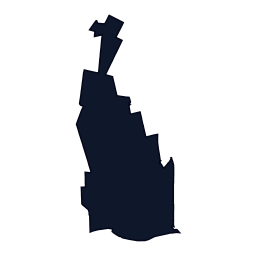 Ciocanesti, Calarasi, Romania (Mercator projection)
{"feature_id": "2599482B47068055124782", "entity_name": "Ciocanesti", "entity_type": "district", "adm_level": 2, "iso_a3": "ROU", "parent_name": "Romania", "parent_adm1": "Calarasi", "projection": "mercator", "projection_center": [27.039, 44.238], "detail": "fine", "context": "isolated", "style": "filled", "palette": "ink", "viewbox_px": 256, "rotation_deg": 0, "n_neighbors": 0, "source": "geoboundaries", "source_scale": "gbopen_adm2", "svg_char_len": 5284}
<svg xmlns="http://www.w3.org/2000/svg" viewBox="0 0 256 256"><path d="M90.2,232.0L93.0,230.9L98.1,229.6L98.4,229.5L98.7,229.5L101.9,229.1L108.0,228.2L112.7,228.9L112.2,231.5L113.8,232.9L116.8,234.9L119.4,236.4L119.8,236.0L122.7,237.8L129.7,239.3L135.8,240.3L137.5,240.6L144.9,240.5L145.8,240.3L146.2,240.1L147.5,239.8L148.4,239.5L154.3,236.6L155.2,236.3L156.2,236.1L162.9,234.6L164.0,234.4L168.9,233.3L169.8,233.0L170.6,232.9L171.4,233.0L175.1,232.5L176.6,232.4L178.6,232.5L179.5,232.6L176.9,229.6L174.0,229.7L172.4,228.1L172.0,227.7L171.9,227.6L171.9,227.2L172.0,226.6L173.1,226.6L174.0,226.8L174.0,226.7L173.7,226.0L173.5,225.6L173.4,225.4L173.4,224.4L173.4,220.9L173.4,220.6L173.5,220.5L173.4,220.3L173.4,219.3L173.4,216.9L173.4,216.0L173.4,212.9L173.4,211.0L173.5,209.4L173.5,206.3L173.5,204.9L173.3,204.9L173.3,202.2L173.3,199.0L173.3,194.6L173.3,192.5L173.3,190.3L173.3,189.0L173.3,187.1L173.3,183.3L173.3,182.6L173.5,182.6L173.5,178.0L173.6,175.0L173.6,172.0L173.6,167.6L173.5,166.3L173.5,166.0L173.5,165.6L173.5,165.1L173.4,164.7L173.3,164.2L172.7,161.9L172.5,161.3L172.3,160.6L172.2,160.3L172.0,160.0L171.9,159.6L171.6,158.3L171.4,157.9L171.4,157.7L170.9,157.8L171.2,158.8L171.0,159.0L170.9,159.1L170.6,159.7L170.3,160.3L169.8,161.3L169.6,161.6L169.3,162.0L169.0,162.3L168.6,162.7L168.0,163.3L167.7,163.6L167.6,163.8L167.4,164.2L167.3,164.3L167.2,164.5L166.8,164.9L166.5,165.2L165.3,166.6L164.8,167.1L164.5,167.6L164.2,167.8L163.9,168.3L163.4,167.7L162.7,166.8L162.1,165.9L161.7,165.1L161.0,164.1L160.8,163.9L160.7,163.9L160.2,163.9L160.0,163.2L159.6,163.3L159.5,162.8L159.5,162.7L160.1,162.5L159.9,161.7L160.0,161.7L159.7,161.0L159.7,160.9L160.2,160.7L160.6,160.6L160.4,160.4L160.1,160.0L159.9,158.9L159.5,156.1L159.2,154.1L158.8,151.8L158.4,149.6L158.2,148.1L157.9,145.7L157.6,143.2L157.4,140.8L157.4,140.5L157.5,140.5L157.5,136.8L157.6,134.6L157.6,134.4L154.9,134.9L154.4,135.0L151.9,135.6L150.8,135.9L150.4,136.0L150.1,136.1L149.7,136.2L148.3,136.5L147.7,136.7L147.3,136.8L146.8,136.9L146.3,137.0L145.8,137.1L145.6,136.5L145.4,135.5L145.1,134.2L144.9,133.2L144.3,130.8L144.0,129.5L143.9,128.9L143.7,128.3L143.4,126.9L143.2,125.7L142.9,124.7L142.7,124.1L142.5,123.3L141.8,120.2L141.7,119.7L141.6,119.2L141.5,118.5L141.2,117.0L141.0,116.5L140.9,115.7L140.4,113.8L140.2,112.6L140.0,112.0L130.4,114.3L128.8,105.6L129.4,105.5L129.4,105.4L129.4,105.2L129.5,105.0L129.5,104.8L129.7,104.1L129.8,104.1L129.7,104.0L129.7,103.9L129.6,104.0L129.3,104.1L129.1,104.3L128.9,104.4L129.0,104.2L129.2,103.9L129.4,103.5L129.7,103.2L130.1,102.6L130.3,102.3L130.3,102.1L130.4,101.9L130.4,101.7L130.3,101.4L130.2,101.3L130.2,101.2L130.1,100.9L130.0,100.6L129.8,99.9L129.7,99.3L129.6,99.1L129.5,98.7L129.4,98.3L129.3,98.0L129.3,97.9L129.1,97.7L129.0,97.4L128.9,97.4L128.6,97.4L127.9,97.2L127.7,97.2L127.4,97.3L127.2,97.3L126.8,97.5L126.4,97.6L126.2,97.7L126.2,97.3L126.2,97.2L125.4,97.1L124.3,96.9L123.8,96.8L123.4,96.8L123.0,96.7L122.9,96.7L122.7,96.7L121.2,96.5L118.9,96.1L118.3,96.0L117.7,95.9L116.9,95.8L116.4,93.7L115.6,90.4L115.3,89.2L115.3,88.9L113.6,81.7L112.9,78.8L112.5,76.7L111.8,76.5L107.7,75.4L106.0,75.0L105.3,74.8L105.3,74.7L105.7,74.0L106.4,72.5L107.1,71.1L108.5,68.2L110.5,64.1L111.5,62.1L112.3,60.6L112.7,59.6L113.2,58.6L115.0,54.7L116.1,52.6L117.6,49.5L118.0,48.7L119.0,46.6L119.7,45.2L120.2,44.1L120.7,43.2L121.2,42.0L121.4,41.6L122.0,40.4L115.8,37.4L118.5,32.1L120.5,28.3L122.0,25.2L123.3,22.6L113.3,17.5L109.2,15.4L109.1,15.5L108.8,16.1L105.9,22.0L105.3,22.9L104.9,23.7L104.8,23.9L104.7,23.9L103.7,23.8L103.0,23.8L102.5,23.8L98.7,23.4L97.5,23.3L96.5,20.2L96.5,20.3L94.4,23.0L89.6,29.8L95.0,31.3L94.9,31.8L94.9,32.5L94.8,33.2L94.6,34.7L94.5,36.5L96.6,36.0L97.7,35.8L98.9,35.5L101.2,35.0L101.5,34.9L102.3,34.7L102.2,36.0L101.6,41.1L101.6,41.3L101.2,46.2L100.4,53.7L100.2,56.6L99.7,60.9L99.6,62.5L98.7,72.5L98.6,73.2L97.5,72.9L95.8,72.6L95.3,72.5L94.5,72.3L92.9,72.0L92.6,71.9L92.3,71.9L91.5,71.6L91.3,71.6L90.9,71.5L89.0,71.1L86.9,70.6L84.3,70.0L84.1,71.1L83.6,73.2L83.5,74.3L83.1,77.9L82.3,83.7L82.0,86.7L81.2,92.3L81.1,93.5L80.8,95.9L79.7,102.8L79.6,103.5L79.8,104.1L80.2,104.6L80.7,105.2L81.0,105.4L82.0,105.6L82.7,105.7L82.9,105.8L83.0,106.0L83.0,107.8L82.9,108.3L82.8,108.5L82.6,108.5L82.4,108.5L81.2,111.4L79.5,116.0L78.6,118.5L77.6,121.2L76.5,124.4L77.1,126.0L77.5,127.4L78.0,128.8L78.2,129.7L78.7,131.2L79.3,133.4L79.3,133.5L82.1,142.2L82.5,143.3L82.7,143.8L83.1,145.6L83.9,148.1L84.1,148.7L84.8,151.0L87.1,158.4L87.7,160.3L88.0,161.1L89.0,165.0L89.8,167.5L90.2,168.9L90.5,169.8L90.7,170.4L90.8,170.6L90.9,172.2L90.8,172.8L90.5,172.8L88.6,172.6L85.2,172.3L85.2,172.7L85.3,175.3L85.4,176.7L85.4,178.6L85.4,179.7L85.4,180.9L85.4,181.9L85.5,182.5L85.4,183.6L85.5,183.9L85.5,185.2L85.5,185.4L85.5,186.5L85.4,186.9L85.3,187.1L81.8,187.3L81.3,187.3L81.4,188.1L81.6,193.8L81.6,195.2L81.7,197.5L81.8,199.5L81.9,203.5L82.0,203.8L82.1,204.0L82.2,204.4L82.8,204.9L83.3,205.4L84.6,206.4L85.4,207.1L86.9,208.4L87.2,208.7L87.6,209.0L88.1,209.5L88.3,209.7L88.4,209.9L88.6,210.3L88.7,210.5L88.8,210.8L88.9,211.3L89.0,211.7L89.1,212.2L89.2,213.5L89.2,214.0L89.2,214.6L89.2,214.8L89.3,214.9L89.5,215.0L89.7,215.3L89.7,215.5L89.8,215.6L89.8,216.4L89.9,219.5L89.9,220.5L90.0,222.8L90.0,223.0L90.0,225.3L90.1,227.2L90.2,232.0Z" fill="#0f172a" stroke="#020617" stroke-width="1.5"/></svg>